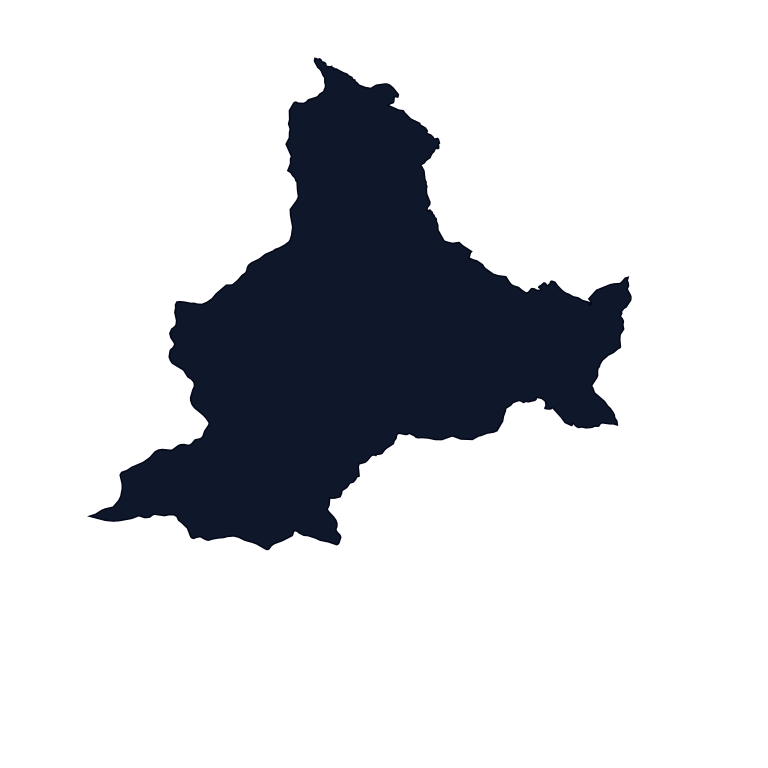 Aranzazu, Caldas, Colombia, rotated 120°
{"feature_id": "7082276B40777763958503", "entity_name": "Aranzazu", "entity_type": "district", "adm_level": 2, "iso_a3": "COL", "parent_name": "Colombia", "parent_adm1": "Caldas", "projection": "natural_earth1", "projection_center": [-75.49, 5.279], "detail": "fine", "context": "isolated", "style": "filled", "palette": "ink", "viewbox_px": 768, "rotation_deg": 120, "n_neighbors": 0, "source": "geoboundaries", "source_scale": "gbopen_adm2", "svg_char_len": 6171}
<svg xmlns="http://www.w3.org/2000/svg" viewBox="0 0 768 768"><g transform="rotate(120 384 384)"><path d="M645.7,572.8L641.3,557.0L637.8,549.5L634.4,544.6L626.5,535.3L620.6,530.5L619.4,524.7L618.5,523.1L616.3,520.3L613.0,519.0L611.5,517.7L607.7,508.2L604.8,505.0L602.3,500.6L602.2,497.2L604.7,493.7L605.1,490.2L607.1,482.1L612.7,475.2L613.3,474.0L613.2,472.6L612.8,471.5L610.6,469.9L608.0,466.8L607.9,461.0L607.2,458.1L604.1,455.2L600.1,450.5L597.1,446.1L594.3,443.4L590.7,438.2L589.3,433.4L588.8,426.2L586.9,419.0L586.1,414.4L586.1,404.4L585.8,402.4L584.5,401.2L580.4,400.8L577.0,399.2L570.7,393.9L561.5,387.9L560.4,387.7L557.1,388.6L555.5,387.9L554.9,385.6L555.4,382.9L555.1,377.8L553.3,374.1L551.6,366.3L551.2,361.2L548.5,353.2L546.8,344.6L545.5,343.7L544.2,343.6L538.4,344.8L536.9,346.6L535.8,350.5L534.5,352.6L533.8,353.1L531.1,353.5L528.3,355.0L526.0,357.7L524.4,361.2L522.4,367.8L521.0,370.6L516.4,371.0L510.0,374.0L507.3,369.4L503.5,365.6L499.9,366.1L497.4,367.1L492.2,364.5L486.9,364.1L484.1,361.5L480.7,360.9L478.6,361.3L476.2,359.5L468.6,364.9L465.7,365.7L461.3,361.3L458.7,360.3L452.9,359.3L451.3,358.4L450.0,356.3L450.0,355.3L448.7,355.2L446.4,352.1L445.0,351.0L440.8,350.6L438.1,349.7L431.1,346.1L428.1,346.8L425.2,346.4L421.5,347.6L419.8,347.1L418.8,345.6L417.0,340.2L415.8,338.5L414.0,337.5L413.6,331.7L414.1,330.1L413.7,328.0L411.3,324.2L408.5,318.3L406.5,312.0L403.3,306.2L395.3,299.4L394.6,298.2L393.2,289.9L387.8,279.7L382.0,276.3L379.8,274.0L375.0,270.2L370.8,265.0L368.0,262.8L356.9,262.7L352.4,264.4L346.3,265.5L344.4,266.5L339.0,263.7L335.7,263.1L330.7,258.9L330.2,256.7L330.2,253.9L328.0,252.4L327.3,250.1L322.7,245.2L321.3,244.7L319.4,245.1L319.0,244.7L317.6,240.3L318.0,236.4L318.8,235.1L321.5,232.9L324.5,232.6L324.7,232.2L323.4,229.0L322.1,227.0L320.6,226.6L320.4,225.5L324.0,214.4L326.8,207.9L326.2,201.1L325.9,200.5L323.8,201.0L323.4,200.5L324.4,197.1L324.6,194.7L324.2,193.4L322.4,191.4L321.0,187.2L318.0,182.8L316.6,181.4L315.8,181.3L313.1,177.0L310.8,177.0L308.6,175.8L305.4,168.1L303.9,165.7L302.8,161.4L299.9,163.6L299.1,164.7L298.8,166.0L297.3,167.9L295.7,169.0L294.4,170.9L292.1,175.7L291.3,179.2L288.9,184.2L286.4,197.4L283.3,200.9L282.4,202.5L281.2,203.5L272.2,202.9L270.0,203.2L266.0,205.6L263.6,206.5L261.0,206.2L259.2,206.9L254.2,206.8L246.7,204.2L242.1,201.1L236.0,198.9L234.7,197.8L233.6,197.8L227.6,202.1L223.1,204.2L216.6,203.9L213.4,206.7L209.9,208.1L208.5,210.0L207.3,213.2L204.0,213.4L202.6,214.7L198.7,214.1L196.1,212.8L188.0,212.3L185.1,213.7L184.0,214.9L180.2,221.0L176.9,221.3L174.5,222.9L172.8,225.1L169.5,225.9L171.7,228.0L176.9,229.0L179.1,229.9L182.4,234.9L184.9,237.7L196.5,246.8L207.9,249.2L209.1,245.8L209.9,245.0L211.6,244.4L212.9,245.2L212.9,245.9L211.7,245.1L210.7,245.2L210.7,246.9L212.5,254.1L212.3,259.0L213.9,263.7L213.9,268.8L214.5,272.3L214.0,276.8L212.2,282.8L210.4,286.8L211.0,290.1L212.0,290.8L214.2,290.4L217.1,291.6L217.3,292.8L216.2,294.3L216.2,295.3L216.8,296.2L219.8,297.1L221.9,298.4L222.9,298.3L223.1,296.1L223.6,295.5L224.7,295.3L226.5,298.5L226.5,301.5L227.6,303.9L232.2,304.7L234.2,306.2L233.9,311.8L233.1,315.8L234.3,320.9L234.3,323.4L233.1,326.6L230.2,332.1L233.2,339.2L234.3,344.3L233.4,353.9L232.5,356.6L231.5,358.1L231.1,362.5L231.0,365.2L231.8,368.2L232.4,373.4L227.2,374.8L225.5,374.4L225.0,384.7L223.9,389.7L228.1,395.1L230.0,402.0L230.0,403.7L223.7,414.3L219.6,416.8L217.0,419.9L214.7,421.5L214.6,422.9L212.7,425.5L212.5,427.2L211.2,427.9L211.2,429.3L210.4,430.5L210.4,431.3L212.2,432.4L211.1,434.3L209.6,434.7L205.7,434.2L203.6,435.1L198.0,442.2L193.5,445.1L191.5,445.6L189.9,447.7L188.3,448.3L186.5,450.8L179.5,455.9L177.1,459.6L176.4,461.5L175.7,461.6L172.1,459.6L169.7,459.5L164.8,457.3L161.2,457.8L157.4,457.0L154.1,457.4L153.3,455.3L152.6,454.6L151.0,455.3L149.7,456.5L148.6,456.8L147.7,456.4L144.8,459.3L144.6,460.5L146.9,462.8L145.6,465.4L145.0,467.9L145.6,472.0L145.4,472.6L143.1,473.1L141.6,476.2L141.6,481.2L141.3,482.6L140.4,483.4L141.2,493.4L138.9,501.7L137.7,503.9L139.5,508.3L140.7,519.7L138.5,519.0L135.8,516.7L134.4,516.8L130.3,518.7L129.5,518.1L128.6,515.5L126.2,516.2L123.2,523.8L122.3,528.1L122.6,530.8L123.5,532.9L129.2,540.2L134.6,543.1L136.6,548.5L137.7,555.1L136.5,558.5L136.8,560.0L135.3,561.2L135.9,562.8L134.5,565.3L134.8,568.5L134.1,571.3L134.8,574.6L135.1,583.3L136.2,583.7L136.7,584.6L135.5,585.2L136.0,587.1L135.1,588.1L136.2,589.0L137.5,592.1L137.4,593.4L135.6,594.8L135.4,596.6L136.0,598.9L134.6,601.0L134.7,602.5L135.9,603.6L136.4,606.6L138.4,606.1L139.4,605.3L142.9,599.5L143.4,596.8L144.4,594.6L147.3,590.9L148.3,588.4L152.2,586.2L154.1,584.3L155.9,583.2L161.2,582.5L165.1,584.6L167.7,584.9L169.5,585.8L175.7,591.6L178.2,592.0L181.1,593.7L183.7,598.6L183.9,601.2L184.8,602.2L185.9,602.6L194.5,602.6L202.2,597.9L206.4,596.7L209.9,592.8L213.6,591.5L218.1,589.0L225.2,588.7L233.2,577.8L235.8,577.5L240.1,575.0L247.3,574.0L247.5,570.4L249.2,567.1L249.9,564.3L252.2,561.5L252.3,560.4L259.5,555.7L264.5,551.7L268.5,551.2L279.7,552.4L284.8,549.1L293.6,541.6L301.2,538.4L305.9,537.3L308.4,537.3L313.3,539.4L318.4,542.5L321.9,545.5L324.1,546.3L331.0,551.5L338.4,554.5L345.3,559.3L348.8,560.6L351.5,560.5L354.4,559.5L356.8,559.3L361.0,561.2L367.4,562.4L373.4,564.5L374.7,565.6L377.2,569.9L389.7,574.3L396.1,575.4L401.8,578.1L406.1,581.4L408.2,585.5L409.1,588.9L410.7,591.4L412.9,597.8L414.9,602.2L416.6,604.4L419.8,604.1L422.4,602.4L426.5,601.0L432.9,595.2L436.5,593.7L438.6,593.7L442.7,595.3L447.2,594.8L450.4,591.7L453.3,586.0L454.8,584.8L458.8,584.9L460.5,585.8L462.2,585.8L467.9,583.6L470.4,580.7L471.8,577.6L472.1,564.6L475.9,557.4L476.1,553.2L477.1,550.2L478.4,548.5L481.0,546.9L484.6,546.6L492.3,544.7L494.7,543.3L496.9,540.9L497.9,539.5L499.3,536.1L501.1,525.4L502.3,521.4L504.5,516.6L505.5,515.7L507.1,515.2L514.4,515.7L519.5,514.7L521.5,514.8L523.4,515.8L526.8,519.6L532.3,520.7L534.1,521.7L535.2,523.1L536.3,526.7L538.3,529.8L540.3,531.3L547.0,534.2L548.0,535.4L551.6,543.3L554.0,546.3L557.4,548.4L564.6,549.8L572.4,553.3L582.3,560.8L587.4,563.3L591.7,567.0L594.7,567.0L601.6,560.6L605.5,558.3L612.9,555.7L617.5,555.4L626.1,557.0L631.7,563.0L634.7,565.3L640.9,568.5L645.7,572.8Z" fill="#0f172a" stroke="#020617" stroke-width="1.5"/></g></svg>